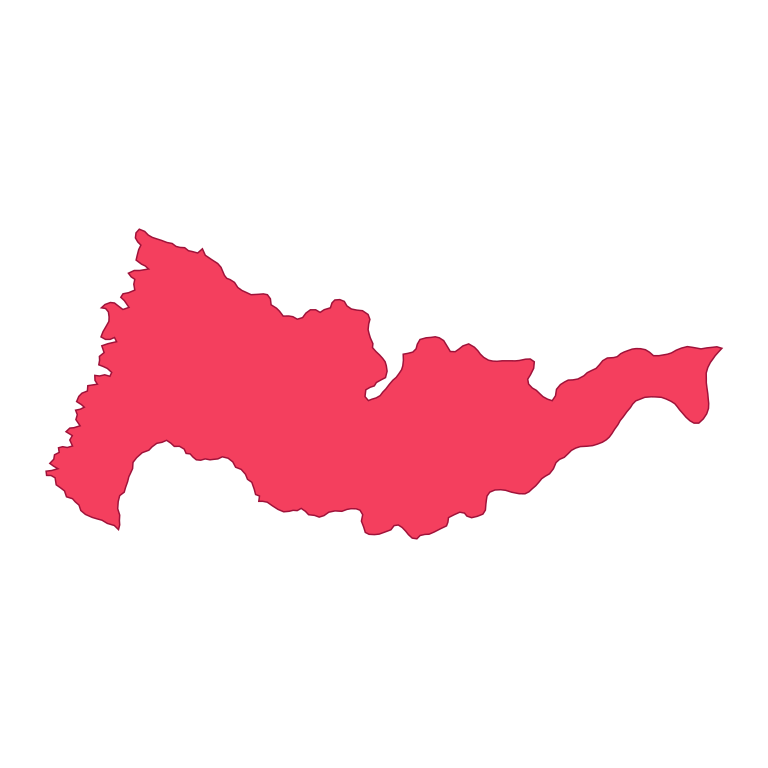 Paineiras, Minas Gerais, Brazil
{"feature_id": "56859067B75073626302376", "entity_name": "Paineiras", "entity_type": "district", "adm_level": 2, "iso_a3": "BRA", "parent_name": "Brazil", "parent_adm1": "Minas Gerais", "projection": "orthographic", "projection_center": [-45.479, -18.904], "detail": "fine", "context": "isolated", "style": "filled", "palette": "rose", "viewbox_px": 768, "rotation_deg": 0, "n_neighbors": 0, "source": "geoboundaries", "source_scale": "gbopen_adm2", "svg_char_len": 5350}
<svg xmlns="http://www.w3.org/2000/svg" viewBox="0 0 768 768"><path d="M721.9,348.3L716.9,346.8L712.5,347.3L706.8,347.9L701.0,348.9L697.3,348.2L692.8,347.4L687.3,346.6L681.4,348.1L676.2,350.2L671.5,352.9L667.5,354.2L662.9,355.0L658.9,355.7L653.5,355.7L649.5,352.2L645.4,349.7L640.5,348.7L636.0,348.6L632.2,349.1L627.9,350.6L624.1,352.0L620.7,353.7L617.2,356.7L613.6,357.6L607.3,358.0L602.7,360.7L599.4,364.8L596.1,368.4L591.6,370.5L587.2,372.7L583.9,375.8L577.9,379.0L572.8,379.9L568.2,380.1L564.5,382.0L560.4,384.6L556.5,389.3L555.5,395.8L552.2,400.7L547.6,399.2L543.0,396.7L539.8,393.7L536.3,390.3L532.3,388.0L528.6,384.1L527.7,379.2L530.5,374.7L533.7,368.3L534.3,361.8L530.3,359.0L525.5,359.2L519.3,360.5L515.1,360.9L511.3,360.8L507.5,360.8L502.3,360.8L497.0,361.3L492.9,361.1L488.5,360.2L483.7,357.4L480.3,354.1L477.9,350.8L474.4,347.2L468.7,343.9L462.9,345.9L458.9,349.1L455.2,351.7L450.3,351.5L447.6,347.0L443.7,340.6L439.3,337.8L435.3,336.8L431.0,337.4L426.1,337.8L420.0,339.5L417.3,344.2L416.1,348.8L412.8,352.1L407.7,353.4L403.2,354.2L403.4,360.4L402.8,365.8L401.6,369.7L399.0,373.6L396.2,377.4L392.9,380.2L389.3,384.4L385.9,388.9L382.8,392.1L380.2,395.6L376.2,397.9L371.9,399.2L368.4,400.6L365.0,396.6L365.8,389.8L370.1,387.3L374.3,385.9L376.4,382.5L381.2,379.8L385.5,377.6L387.1,371.2L386.3,365.7L385.1,361.7L382.6,358.3L379.6,355.0L376.0,351.6L372.5,347.6L372.9,343.7L370.3,337.8L369.1,333.8L368.1,329.7L368.7,324.0L369.9,319.4L368.1,314.5L362.5,310.7L356.8,310.1L351.4,309.0L346.9,305.9L344.3,301.4L339.8,299.6L334.8,300.0L332.0,302.9L330.4,307.8L324.2,309.7L320.1,312.4L315.7,309.8L310.4,309.8L305.9,313.1L302.6,317.6L297.3,319.2L292.9,316.7L288.8,316.0L283.2,316.1L279.5,311.2L276.5,308.2L271.1,304.8L270.4,298.8L267.4,294.7L263.4,293.9L258.5,294.3L251.1,294.7L246.6,292.6L242.0,290.5L237.8,287.5L234.5,282.4L230.1,279.6L226.7,278.3L224.4,275.3L222.7,271.3L221.0,267.3L217.8,263.6L211.5,259.5L205.3,255.3L202.4,248.8L197.7,253.0L192.1,251.5L188.4,250.7L184.7,247.7L179.9,247.4L176.0,246.4L172.2,243.5L167.0,242.5L161.5,240.4L155.9,238.6L152.3,237.4L148.3,235.1L144.7,231.4L139.3,229.2L136.0,232.9L135.4,237.9L137.8,242.0L140.9,245.1L138.7,249.6L137.2,255.4L136.1,260.1L141.4,264.1L145.3,266.0L148.6,269.0L139.7,270.5L134.2,270.5L128.4,273.2L131.2,276.9L134.8,279.3L133.8,284.2L134.8,290.1L128.6,292.7L123.0,293.8L120.8,297.3L124.4,300.7L129.0,307.4L122.9,309.5L118.7,306.3L114.5,303.0L110.4,302.5L105.0,304.5L101.4,307.8L105.6,308.5L108.4,311.9L109.1,317.0L108.9,321.4L106.2,326.2L103.0,331.7L101.0,336.9L105.5,339.4L110.1,339.4L114.5,337.5L116.6,341.7L107.9,343.7L101.8,345.8L104.1,352.6L99.4,356.4L99.6,360.3L98.8,364.8L103.2,366.5L107.3,368.4L111.7,372.4L109.9,376.3L104.7,374.8L99.5,376.0L94.8,375.4L95.0,380.4L97.4,384.2L87.8,385.7L87.4,391.0L81.9,393.2L78.8,396.4L76.6,401.6L81.3,404.5L84.3,407.2L80.3,409.2L75.6,410.2L77.3,414.7L75.9,419.6L80.1,425.8L73.9,427.7L69.8,428.1L66.0,431.7L72.3,435.6L69.8,440.0L72.5,446.0L67.3,447.5L62.6,446.7L58.5,447.8L59.2,452.4L54.5,454.8L53.8,459.2L49.8,463.4L53.5,466.1L57.9,468.7L51.7,470.5L46.1,471.2L46.6,475.4L51.1,475.5L55.1,477.8L56.2,484.8L60.2,487.6L64.5,490.9L66.5,496.8L72.5,498.7L75.3,501.9L79.0,505.1L80.8,510.5L85.4,514.4L92.2,517.4L97.2,518.9L102.0,520.2L107.3,523.4L114.3,525.5L118.5,529.6L119.7,524.9L119.4,520.6L119.7,515.1L117.7,508.7L118.2,501.6L119.7,495.6L124.2,492.2L125.6,487.3L127.6,481.7L128.8,476.8L130.6,473.0L132.6,468.6L133.0,462.4L136.6,457.7L142.2,452.7L148.9,450.2L152.1,446.8L156.8,443.3L162.0,442.3L166.6,440.3L170.9,443.2L174.3,446.4L179.5,446.3L184.2,449.1L186.1,453.4L190.2,453.9L192.8,456.9L196.3,459.8L200.7,460.2L205.2,458.9L210.0,459.8L214.0,459.3L217.9,458.9L222.3,456.8L228.1,458.2L232.8,461.9L235.6,467.2L241.2,469.4L245.5,474.3L247.5,479.3L251.8,482.3L254.2,489.1L255.6,494.5L259.5,496.0L258.8,501.3L262.7,501.3L267.3,502.2L272.4,505.8L278.0,509.4L283.7,511.8L289.2,511.3L293.1,510.3L297.2,510.6L301.2,508.4L305.4,511.3L308.6,514.7L314.6,515.4L319.2,517.1L324.0,515.6L328.8,512.2L335.0,510.9L341.9,511.3L347.0,509.4L351.0,508.7L356.2,508.8L360.0,510.2L362.7,514.7L361.4,521.1L363.7,527.1L365.3,532.4L369.0,534.3L374.5,534.6L379.2,534.1L385.0,532.0L390.9,529.8L394.1,525.6L398.3,525.0L402.2,527.5L405.7,531.2L408.4,534.6L412.2,538.1L416.9,538.8L420.1,535.5L424.9,534.4L429.1,534.2L434.2,532.0L440.8,528.6L446.5,525.9L447.9,522.2L448.5,517.6L454.4,514.6L459.8,512.2L464.5,513.1L466.9,516.1L471.6,517.7L477.4,516.3L482.9,514.1L485.4,510.1L485.9,503.9L486.4,499.9L487.0,496.1L489.7,492.2L494.9,490.0L500.7,489.7L505.6,490.3L511.6,492.2L519.1,493.7L525.0,493.8L529.0,491.8L532.2,488.8L535.7,485.8L538.7,482.4L541.7,478.7L545.3,476.2L549.5,473.8L553.4,468.8L556.0,462.6L559.5,459.4L564.3,457.3L567.9,453.9L571.4,450.4L575.6,448.1L580.2,446.6L587.2,446.2L592.7,445.6L597.5,444.1L602.4,442.2L606.3,439.8L609.3,437.1L611.9,433.6L614.5,429.4L617.9,424.7L620.2,420.5L623.0,417.1L626.9,411.7L630.4,407.6L632.6,404.1L635.7,400.9L640.8,398.9L644.8,397.3L651.1,396.8L655.4,396.9L661.4,397.3L666.2,399.0L670.7,401.1L674.8,403.7L677.3,406.7L679.5,409.7L682.5,413.1L686.0,417.2L690.0,420.8L694.0,423.1L698.8,423.1L703.3,418.9L706.7,413.8L708.5,408.4L708.7,403.5L708.2,398.6L707.8,393.9L706.9,387.5L706.3,382.8L706.3,378.8L706.2,373.0L707.8,367.5L710.4,362.4L712.9,359.0L715.2,355.7L718.3,352.2L721.9,348.3Z" fill="#f43f5e" stroke="#9f1239" stroke-width="1.5"/></svg>